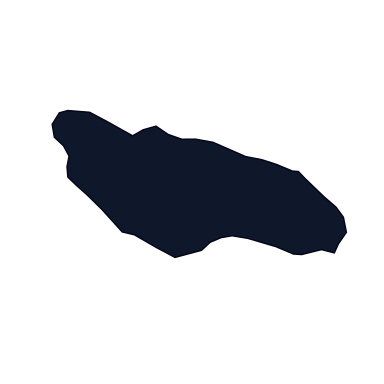 Skara, Västra Götaland, Sweden (Natural Earth projection), rotated 28°
{"feature_id": "70781695B33450377436150", "entity_name": "Skara", "entity_type": "district", "adm_level": 2, "iso_a3": "SWE", "parent_name": "Sweden", "parent_adm1": "Västra Götaland", "projection": "natural_earth1", "projection_center": [13.513, 58.397], "detail": "fine", "context": "isolated", "style": "filled", "palette": "ink", "viewbox_px": 384, "rotation_deg": 28, "n_neighbors": 0, "source": "geoboundaries", "source_scale": "gbopen_adm2", "svg_char_len": 746}
<svg xmlns="http://www.w3.org/2000/svg" viewBox="0 0 384 384"><g transform="rotate(28 192 192)"><path d="M346.2,178.9L345.6,169.2L347.2,155.1L337.5,143.2L326.3,137.8L311.8,134.5L302.1,131.8L285.3,127.0L276.3,124.0L270.8,126.4L253.9,128.0L238.6,130.7L222.6,135.6L187.2,138.3L170.3,143.7L158.3,150.2L143.8,152.4L129.3,150.8L128.8,151.3L119.7,160.0L113.2,170.3L85.1,169.7L64.2,169.7L44.1,178.4L37.7,184.4L36.8,197.9L44.8,208.3L45.8,208.5L56.9,211.5L66.6,218.0L69.8,228.4L75.4,237.1L86.6,240.3L101.9,244.1L120.4,249.6L149.2,260.0L161.2,256.8L186.3,257.7L207.7,257.7L227.8,239.0L231.6,227.9L239.1,218.6L247.9,211.8L263.0,206.7L291.9,200.8L310.7,199.1L318.2,195.7L333.3,182.1L346.2,178.9Z" fill="#0f172a" stroke="#020617" stroke-width="1.5"/></g></svg>